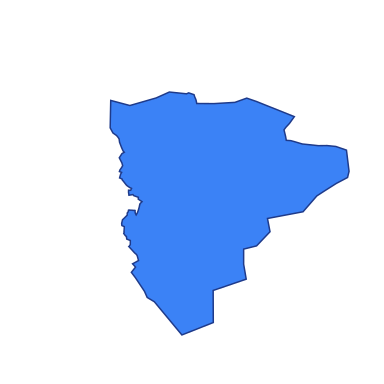 the district of Ilesha West, Osun, Nigeria, rotated 125°
{"feature_id": "59680162B98234428566305", "entity_name": "Ilesha West", "entity_type": "district", "adm_level": 2, "iso_a3": "NGA", "parent_name": "Nigeria", "parent_adm1": "Osun", "projection": "equal_earth", "projection_center": [4.729, 7.638], "detail": "fine", "context": "isolated", "style": "filled", "palette": "blue", "viewbox_px": 384, "rotation_deg": 125, "n_neighbors": 0, "source": "geoboundaries", "source_scale": "gbopen_adm2", "svg_char_len": 1830}
<svg xmlns="http://www.w3.org/2000/svg" viewBox="0 0 384 384"><g transform="rotate(125 192 192)"><path d="M85.0,75.2L69.1,89.5L72.2,100.3L76.5,108.0L81.6,115.1L84.0,119.5L89.4,129.2L92.1,137.3L93.3,140.6L95.6,144.4L92.6,147.4L92.0,148.1L88.3,152.3L85.1,152.2L80.0,151.5L71.6,151.4L80.9,191.2L83.7,201.0L92.6,207.3L94.0,208.3L97.8,213.1L107.0,224.7L116.8,238.9L115.6,240.1L114.4,241.4L113.5,242.7L112.7,244.1L111.1,246.2L112.7,251.6L114.7,252.8L123.1,267.9L135.5,275.3L156.8,292.5L163.6,311.1L186.4,295.8L189.0,290.6L189.0,286.2L189.7,283.7L190.4,282.1L192.8,279.9L196.0,275.2L197.9,272.0L198.3,270.3L200.7,271.4L205.7,271.2L208.4,266.1L210.2,263.9L212.3,263.7L215.3,263.7L216.9,263.2L216.3,260.9L218.3,260.7L222.0,259.4L221.5,256.7L222.1,256.1L222.6,254.2L223.9,250.0L224.1,248.7L224.1,247.3L224.1,245.7L223.7,243.6L225.8,243.2L226.9,245.0L228.7,243.8L230.8,241.8L228.0,238.9L228.4,237.6L227.1,232.9L228.7,231.9L228.6,227.4L230.9,227.8L231.9,227.8L232.4,227.4L232.9,227.4L233.6,227.0L234.9,226.5L235.7,226.2L237.8,225.5L239.2,225.1L241.0,224.7L242.8,224.6L242.0,226.1L240.9,227.3L239.8,228.0L240.3,229.1L240.9,229.6L241.2,230.5L241.8,231.4L242.1,231.9L242.6,232.5L242.8,233.3L243.4,233.6L244.1,233.2L245.0,232.9L246.4,233.0L248.1,231.8L252.2,232.5L254.6,233.0L258.1,231.6L259.7,230.2L259.2,227.6L261.4,226.2L263.6,224.9L263.8,224.5L265.1,224.2L265.7,222.5L266.1,221.1L266.0,220.3L267.0,219.4L268.0,218.4L267.1,214.7L270.4,212.4L272.3,212.3L272.9,212.5L274.8,204.1L275.0,201.9L275.5,200.5L278.8,196.5L284.9,199.5L285.9,195.2L292.6,195.6L294.7,189.1L300.6,174.0L304.1,168.2L303.5,159.9L314.9,118.3L286.7,99.7L260.5,118.2L232.3,97.6L221.5,108.3L209.5,116.7L209.1,116.9L199.1,108.2L179.8,105.3L170.4,115.0L144.5,89.7L123.6,87.5L114.7,83.9L102.2,78.7L90.9,72.9L85.0,75.2Z" fill="#3b82f6" stroke="#1e3a8a" stroke-width="1.5"/></g></svg>